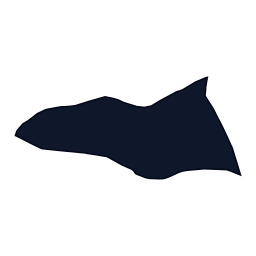 the district of Al Lait, North Darfur, Sudan
{"feature_id": "16777658B5363831702357", "entity_name": "Al Lait", "entity_type": "district", "adm_level": 2, "iso_a3": "SDN", "parent_name": "Sudan", "parent_adm1": "North Darfur", "projection": "mercator", "projection_center": [26.82, 11.965], "detail": "fine", "context": "isolated", "style": "filled", "palette": "ink", "viewbox_px": 256, "rotation_deg": 0, "n_neighbors": 0, "source": "geoboundaries", "source_scale": "gbopen_adm2", "svg_char_len": 1511}
<svg xmlns="http://www.w3.org/2000/svg" viewBox="0 0 256 256"><path d="M145.9,177.7L149.5,178.4L157.9,178.7L162.4,178.7L163.0,178.6L166.0,177.9L169.0,176.8L170.9,176.0L173.4,174.8L176.6,173.3L178.8,172.3L180.1,171.9L183.3,170.9L188.6,170.1L192.4,169.8L198.4,169.3L203.8,168.8L207.8,168.9L218.1,169.3L226.9,169.7L231.1,171.2L240.5,175.0L237.1,163.8L234.1,154.1L233.6,152.5L232.4,148.5L232.0,147.4L231.6,146.6L229.3,141.6L227.3,137.2L226.8,136.1L226.7,136.0L223.1,128.2L219.1,120.3L218.7,119.6L218.2,118.8L213.3,108.9L211.7,106.4L208.4,101.2L205.0,95.8L205.1,94.6L205.1,94.4L205.2,94.2L205.7,88.8L205.6,88.0L205.6,87.6L205.7,87.2L205.8,86.6L206.4,82.9L207.2,78.2L207.3,77.8L207.4,77.3L206.6,77.5L205.6,77.8L195.6,82.0L183.0,89.6L179.8,90.9L177.0,91.6L159.5,101.0L151.3,106.0L144.5,107.4L136.8,106.6L123.6,102.5L117.7,99.7L111.6,98.1L105.1,96.8L88.9,101.4L75.3,105.7L68.7,106.5L60.5,106.9L46.1,109.5L37.4,113.6L28.1,120.8L23.1,123.7L17.1,130.6L15.4,135.4L15.4,135.5L15.5,135.5L32.0,143.9L41.7,148.6L54.7,150.0L64.8,151.0L73.7,151.8L79.4,152.4L84.8,152.9L85.1,152.9L87.1,153.4L87.6,153.5L88.1,153.6L88.9,153.6L89.5,153.7L90.1,153.8L96.6,154.8L101.6,155.7L106.8,156.5L110.1,158.3L114.6,160.8L120.7,164.2L121.8,164.8L122.2,165.0L125.8,166.6L128.1,167.6L129.0,168.0L131.1,168.8L131.5,169.0L132.2,169.6L133.7,170.7L134.4,171.8L134.5,172.0L135.3,173.1L135.6,173.6L136.6,174.1L136.8,174.2L138.0,174.7L139.7,175.3L140.0,175.4L140.4,175.6L145.9,177.7L145.9,177.7Z" fill="#0f172a" stroke="#020617" stroke-width="1.5"/></svg>